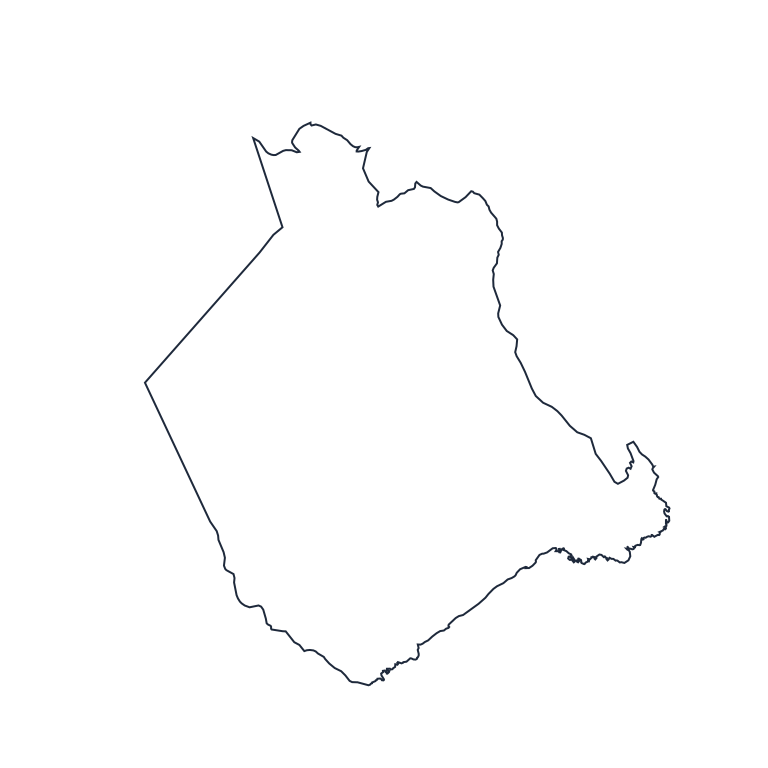 Des Barras, Dauphin, Saint Lucia, rotated 69°
{"feature_id": "8701671B86108661761319", "entity_name": "Des Barras", "entity_type": "district", "adm_level": 2, "iso_a3": "LCA", "parent_name": "Saint Lucia", "parent_adm1": "Dauphin", "projection": "mercator", "projection_center": [-60.902, 14.001], "detail": "fine", "context": "isolated", "style": "outline", "palette": "slate", "viewbox_px": 768, "rotation_deg": 69, "n_neighbors": 0, "source": "geoboundaries", "source_scale": "gbopen_adm2", "svg_char_len": 6165}
<svg xmlns="http://www.w3.org/2000/svg" viewBox="0 0 768 768"><g transform="rotate(69 384 384)"><path d="M216.7,453.1L297.1,606.7L450.1,595.6L461.4,592.9L466.1,593.2L470.2,594.4L483.5,594.0L489.2,594.8L496.2,598.5L499.7,598.5L501.4,597.8L507.5,592.6L511.6,593.1L515.6,595.1L528.3,597.3L531.9,597.2L535.5,596.5L537.8,595.5L540.9,593.4L544.3,589.5L545.8,580.5L547.8,578.5L551.4,577.6L560.7,578.4L565.4,579.3L567.0,578.5L569.1,576.5L570.2,576.4L572.0,577.1L572.9,576.9L578.6,567.0L579.7,564.4L592.9,560.3L597.3,556.5L604.8,554.1L604.9,551.5L605.7,548.6L607.4,545.4L609.2,543.6L612.0,542.2L617.2,538.0L619.6,537.5L625.3,535.3L631.5,531.8L636.8,526.9L642.2,524.5L648.8,522.5L650.9,520.6L653.0,515.6L659.7,506.4L659.7,504.7L659.1,503.8L659.1,502.4L658.4,502.1L658.3,498.4L657.7,497.9L657.6,496.4L656.8,495.8L657.6,493.1L658.6,492.3L659.8,492.1L660.5,490.7L660.2,490.1L659.7,489.9L655.1,490.8L653.3,490.4L652.7,488.2L651.4,487.8L651.8,485.9L653.4,485.8L653.8,484.9L655.3,485.2L655.6,484.6L654.7,482.5L653.9,481.9L652.4,483.9L650.9,483.3L651.9,480.5L652.9,480.1L653.3,478.3L652.7,477.6L652.1,475.0L649.7,473.9L650.9,472.1L650.7,471.7L649.9,470.6L649.3,470.7L648.9,471.2L648.6,470.7L651.1,467.7L651.0,465.9L650.6,465.6L651.3,462.5L649.5,457.8L650.1,456.7L651.7,455.2L652.6,453.3L652.5,452.2L652.2,451.5L651.4,451.2L651.2,450.3L650.0,449.0L648.4,448.3L644.3,447.8L642.9,446.3L639.3,445.8L640.4,443.3L640.3,441.0L639.5,438.3L639.2,434.7L637.1,429.5L635.5,424.2L634.8,420.1L635.6,416.4L634.7,413.7L634.8,411.2L634.2,410.2L633.0,410.6L631.8,409.8L628.2,401.0L627.5,397.3L628.0,393.0L623.1,374.5L619.9,365.9L617.5,361.8L614.5,355.3L613.3,350.9L612.7,343.9L610.8,338.6L610.9,334.4L610.4,331.3L609.8,329.8L607.8,327.7L605.7,323.3L605.5,317.3L605.9,316.7L606.7,317.6L607.8,314.6L606.9,310.5L605.1,306.6L604.5,305.9L602.9,305.5L599.3,300.1L599.1,297.2L599.6,295.8L599.7,292.1L597.8,285.4L598.7,282.4L600.6,282.3L601.6,283.6L602.7,280.8L603.9,280.7L604.4,279.8L603.5,278.9L601.4,279.9L600.7,279.8L600.9,278.9L603.1,278.6L601.8,276.7L601.7,275.3L602.0,275.0L602.9,275.1L603.0,276.2L605.4,273.6L608.2,272.2L610.2,270.3L611.5,270.5L611.5,271.5L612.2,272.1L611.4,273.0L611.4,273.5L612.9,274.6L614.7,273.7L615.0,272.9L614.5,272.0L613.4,271.2L613.6,271.0L616.1,271.5L618.5,270.7L618.3,270.1L617.3,270.2L617.0,269.9L616.2,270.3L615.3,269.8L614.4,270.3L613.7,269.7L617.3,269.0L617.8,268.4L617.8,267.6L618.9,267.6L620.0,266.7L619.4,265.6L618.0,265.9L616.7,265.2L616.8,264.7L617.4,264.4L618.1,265.0L618.6,264.7L618.3,263.6L618.8,263.2L620.2,263.3L620.8,263.8L621.9,263.7L623.6,262.0L623.5,261.5L623.9,261.2L622.9,259.4L622.9,257.5L622.3,257.1L622.9,256.2L621.4,255.4L621.3,256.2L620.4,256.2L621.5,254.5L620.8,253.0L620.0,252.4L620.6,251.3L620.1,250.8L620.9,249.7L622.7,250.0L623.5,249.6L623.3,249.2L622.5,249.0L622.8,248.6L622.6,248.0L621.3,247.7L620.4,244.0L621.5,242.2L624.3,240.9L624.0,239.9L624.5,239.3L625.5,239.4L626.5,238.2L627.3,239.0L628.8,238.5L628.3,237.2L627.1,235.7L628.8,234.2L629.5,232.5L631.9,231.1L632.0,230.3L632.5,229.4L635.1,227.8L635.4,226.3L637.2,223.7L636.2,219.0L633.1,215.8L628.8,214.7L627.1,215.0L625.8,216.2L624.6,216.7L625.3,215.4L625.1,214.8L622.6,215.2L625.7,214.1L626.1,212.9L627.3,211.5L627.5,210.2L626.8,209.2L625.6,209.4L626.3,208.1L625.1,207.4L625.1,204.8L626.0,203.3L626.1,202.5L624.2,200.9L621.7,199.7L621.6,199.1L620.8,199.1L620.5,198.7L622.0,198.1L622.0,197.4L620.8,197.1L620.7,195.8L621.3,194.8L620.9,193.1L621.0,191.5L622.1,189.8L621.9,188.8L620.9,188.2L621.1,187.8L621.8,187.8L622.1,187.1L623.5,186.4L623.0,182.6L623.6,181.3L623.3,180.6L621.9,180.0L621.4,179.1L620.9,179.6L620.7,176.2L619.4,174.4L620.4,173.7L620.0,172.6L618.5,172.2L617.8,173.2L617.6,172.4L618.0,171.9L617.7,171.2L616.6,170.7L615.6,170.9L611.3,169.2L614.5,169.4L615.0,169.1L615.0,168.3L613.9,166.7L610.1,165.5L609.0,166.3L609.1,167.2L608.5,167.6L605.4,168.5L603.4,168.2L601.8,167.3L601.5,166.8L601.7,166.1L604.1,165.4L605.1,164.2L605.0,163.6L603.5,163.1L602.6,162.1L601.6,162.1L599.3,164.2L595.9,163.3L591.2,166.6L590.4,166.5L589.8,168.0L588.0,168.2L587.8,168.9L587.4,169.1L586.3,169.3L585.3,169.0L584.5,169.4L583.7,169.0L583.3,170.4L582.7,170.7L581.2,170.1L580.1,170.9L579.5,170.9L575.3,166.9L570.7,163.6L569.1,161.3L568.3,161.3L563.5,163.7L559.9,164.1L559.0,163.4L557.9,161.4L557.7,162.3L555.4,162.4L549.3,164.1L545.4,166.1L542.2,168.4L538.8,169.8L533.5,170.3L527.3,171.9L528.0,178.8L531.6,179.4L536.9,178.6L545.4,178.7L546.5,179.4L545.0,180.9L545.8,182.6L549.5,182.3L551.5,184.2L549.8,185.6L549.9,187.7L551.8,189.3L556.7,188.8L558.8,190.2L560.2,194.6L561.0,201.4L557.9,203.9L548.7,205.4L533.5,208.9L525.1,211.4L508.8,210.3L503.2,215.2L498.3,220.9L489.6,225.5L477.0,229.5L471.4,231.9L465.5,235.5L458.5,242.2L449.6,246.6L441.2,247.6L423.1,248.0L413.2,248.8L405.6,250.2L401.3,250.1L396.2,246.7L390.1,243.7L384.8,245.8L378.5,250.4L370.9,252.6L362.4,253.2L359.0,252.1L352.3,247.4L332.4,246.9L325.8,244.7L320.7,242.1L316.9,241.8L314.8,239.9L311.8,235.3L306.6,232.9L304.5,230.6L301.6,230.2L298.7,226.6L295.4,223.9L292.9,223.0L291.8,221.4L290.4,220.7L287.4,220.5L284.9,219.7L280.0,221.1L276.3,221.5L272.9,220.2L269.9,219.9L262.4,222.6L259.1,223.1L255.7,222.7L253.5,223.7L249.5,223.8L246.0,225.1L241.4,227.1L238.2,231.4L236.3,232.1L235.3,233.5L238.8,240.9L241.0,249.1L240.8,250.3L239.4,252.5L234.8,258.0L228.9,263.6L222.2,268.0L217.8,270.2L213.7,276.9L211.9,278.6L207.0,281.2L208.0,282.9L211.5,284.6L212.6,286.2L211.7,292.0L213.3,296.6L212.4,300.0L212.5,301.2L214.1,304.4L215.4,308.7L215.7,311.3L214.6,316.9L216.3,325.8L214.4,326.1L212.2,324.5L209.5,324.4L206.9,323.2L202.9,320.4L189.5,325.8L175.1,326.3L161.2,316.9L158.5,313.1L158.2,314.3L158.9,317.1L158.5,321.5L157.8,324.7L157.1,326.2L156.2,325.8L153.7,322.2L153.4,324.2L152.5,326.1L150.9,327.7L148.1,329.3L143.2,331.0L139.5,333.7L136.9,334.7L133.1,339.6L120.3,350.6L117.3,354.6L116.7,359.0L115.3,359.5L113.7,359.0L114.2,366.6L115.4,371.5L123.5,382.2L125.3,383.2L126.3,383.3L131.3,382.2L135.6,380.0L137.0,379.6L136.4,382.4L132.7,386.4L130.5,391.8L130.2,394.6L131.4,403.0L130.7,405.1L129.5,407.0L127.2,409.3L124.8,410.7L113.0,413.6L107.5,418.0L201.3,422.6L205.1,433.8L216.7,453.1Z" fill="none" stroke="#1e293b" stroke-width="2"/></g></svg>